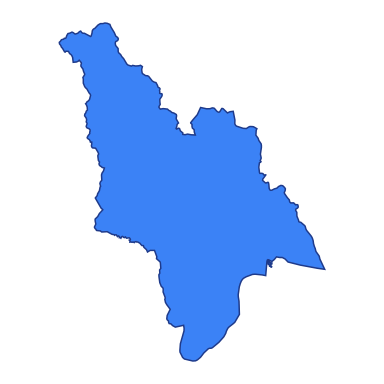 Tien Yen, Quảng Ninh, Vietnam
{"feature_id": "81297802B1435628045096", "entity_name": "Tien Yen", "entity_type": "district", "adm_level": 2, "iso_a3": "VNM", "parent_name": "Vietnam", "parent_adm1": "Quảng Ninh", "projection": "natural_earth1", "projection_center": [107.339, 21.373], "detail": "fine", "context": "isolated", "style": "filled", "palette": "blue", "viewbox_px": 384, "rotation_deg": 0, "n_neighbors": 0, "source": "geoboundaries", "source_scale": "gbopen_adm2", "svg_char_len": 5884}
<svg xmlns="http://www.w3.org/2000/svg" viewBox="0 0 384 384"><path d="M175.3,327.1L183.6,325.3L184.1,328.2L184.0,330.9L180.4,343.7L179.9,350.1L180.0,352.1L182.6,357.4L184.4,359.0L192.8,361.0L195.6,360.8L197.4,359.9L200.5,357.3L203.9,352.9L208.4,348.7L209.4,348.3L211.3,348.2L212.4,347.7L218.9,342.3L223.8,336.8L225.7,333.4L226.5,330.9L227.8,328.3L229.1,326.9L233.1,323.8L234.8,322.3L239.4,314.4L239.0,301.2L238.3,296.9L238.2,294.7L239.3,286.8L240.2,283.8L241.2,281.3L242.4,279.4L243.5,278.3L246.1,276.8L252.5,274.4L255.1,274.2L262.1,274.9L265.7,275.6L266.9,261.6L267.3,260.1L267.9,259.7L268.7,259.8L271.9,261.5L274.3,259.5L276.5,256.9L279.6,257.5L282.3,257.5L285.1,259.0L288.0,262.0L300.3,265.1L317.6,268.3L324.7,269.3L319.9,259.1L319.2,256.1L315.9,251.4L315.2,248.5L314.3,246.3L313.5,243.5L313.2,240.9L312.6,238.9L312.0,237.4L311.0,235.8L306.7,230.5L305.9,229.0L305.2,226.4L304.7,225.6L300.8,222.3L299.3,222.0L298.8,221.6L298.6,220.4L296.9,216.1L296.8,212.3L295.7,210.5L295.7,209.7L296.0,209.0L297.4,208.2L298.1,207.4L298.2,206.2L297.8,204.9L297.1,204.6L295.6,204.8L293.7,202.9L290.7,202.9L289.7,201.9L289.3,199.9L287.3,197.6L284.5,193.5L284.3,192.4L285.1,190.8L285.4,188.9L284.6,187.5L282.7,185.7L280.9,185.4L278.6,186.5L276.8,188.2L274.3,188.9L271.8,190.2L270.6,190.3L269.9,189.9L269.2,188.5L268.8,184.1L268.4,182.5L267.8,182.3L266.3,182.9L265.4,182.9L262.6,180.4L262.8,179.1L265.8,175.0L265.4,174.8L264.1,175.1L262.9,173.6L261.8,173.3L259.9,173.4L259.5,172.6L258.8,167.2L259.4,162.9L259.6,162.6L260.5,162.3L261.0,161.7L260.2,160.6L261.1,158.5L261.1,157.5L260.4,154.2L261.4,147.5L261.4,145.4L261.1,143.8L258.8,140.4L258.1,138.2L255.9,135.2L256.2,130.3L256.9,128.7L253.6,126.8L252.5,126.6L250.0,126.5L248.9,126.9L246.4,128.5L245.8,128.5L243.1,128.3L236.4,126.1L235.3,124.9L234.8,123.6L234.9,120.0L233.2,111.3L230.1,111.7L227.4,112.9L223.1,108.7L222.0,108.4L221.7,108.6L219.8,111.7L218.9,112.3L217.8,111.9L216.8,111.2L214.5,108.5L213.9,108.1L212.2,107.9L210.0,108.7L206.7,108.8L200.6,107.5L197.3,114.7L192.5,120.3L190.7,122.7L190.8,123.2L192.0,124.3L192.0,126.4L192.4,128.1L194.1,129.6L194.3,132.1L195.3,135.0L191.4,134.8L187.6,134.1L185.1,134.7L182.8,134.4L182.8,132.9L180.4,130.9L179.5,128.5L178.4,128.2L176.7,129.1L176.1,128.6L176.8,126.3L177.1,124.5L177.7,123.7L178.5,123.0L176.3,119.1L176.2,118.2L176.6,115.8L176.3,114.5L174.0,113.1L171.7,112.4L170.5,111.2L168.7,110.3L167.5,109.1L163.1,108.6L160.3,109.1L159.0,107.5L159.0,106.5L160.2,104.4L159.9,102.1L159.8,99.3L161.7,96.5L162.1,95.4L162.1,94.3L161.8,93.7L160.2,93.6L159.7,93.3L159.8,91.6L159.5,90.5L160.0,89.1L160.0,88.7L159.4,87.9L158.5,87.5L157.9,86.9L157.5,85.4L156.0,82.6L154.2,82.1L152.3,81.0L148.7,76.4L147.6,75.8L145.5,75.6L142.5,73.6L142.1,72.7L141.7,70.0L141.8,68.8L142.4,66.6L140.5,65.3L138.7,65.8L135.6,66.0L132.7,65.4L131.4,66.1L128.1,65.1L126.8,64.0L123.6,58.6L121.7,56.5L120.6,54.5L118.8,52.9L118.2,51.7L118.1,48.5L115.6,45.4L115.3,43.6L115.3,42.8L115.6,41.8L116.2,41.3L117.5,40.7L118.1,39.8L118.3,38.8L117.7,37.5L115.8,36.1L114.3,32.6L110.9,27.0L109.9,24.4L107.2,23.3L104.9,23.0L102.9,23.6L100.5,23.6L99.5,24.1L97.9,25.1L94.9,28.3L93.6,29.0L92.9,29.7L92.3,30.8L92.0,33.2L91.1,36.1L90.6,36.5L84.5,33.3L82.7,33.2L81.7,32.5L80.7,31.1L79.5,31.6L77.7,33.3L75.4,34.0L74.8,33.9L73.3,32.7L72.0,32.1L69.9,33.1L67.9,33.6L66.7,35.7L66.0,37.9L65.4,38.3L64.3,38.3L63.5,39.3L62.4,39.4L61.4,39.8L60.4,41.3L59.3,42.3L59.5,43.9L60.8,45.5L61.3,47.0L62.5,48.3L64.6,51.9L65.2,52.1L66.0,51.2L68.5,51.4L69.6,53.6L70.7,54.3L71.7,55.4L72.6,57.4L73.2,62.3L76.4,62.0L78.1,61.3L79.2,60.2L81.2,62.6L81.4,63.2L80.9,65.1L81.0,66.4L82.9,69.0L83.6,71.6L84.7,74.1L84.5,74.9L82.9,77.5L83.3,79.0L83.3,83.2L84.7,86.6L85.5,87.7L86.9,89.0L89.2,93.1L90.3,94.3L90.6,95.4L89.5,99.5L88.4,100.9L87.0,101.8L86.4,103.0L85.6,103.7L86.5,105.1L87.2,107.0L87.4,110.1L86.3,111.1L85.7,113.0L84.8,114.1L84.6,115.8L86.1,117.9L86.6,119.5L86.5,120.8L86.2,121.9L86.9,123.0L87.1,123.7L86.2,126.3L86.3,126.8L86.9,127.8L89.3,128.9L90.0,129.8L90.1,131.1L89.7,132.1L89.8,133.5L88.1,135.7L87.2,137.4L87.2,137.9L87.9,138.7L89.3,139.6L90.1,140.9L90.4,142.1L91.7,142.1L91.7,144.2L91.4,145.9L92.0,147.4L92.6,147.9L95.6,148.2L97.8,151.9L98.6,153.7L98.6,154.1L97.9,155.3L97.9,156.7L98.4,160.5L99.5,162.0L99.0,163.9L99.3,165.0L100.2,166.0L101.3,166.6L102.2,167.5L104.4,168.0L103.4,171.1L102.1,173.0L101.5,174.9L101.8,180.2L100.3,182.1L99.9,183.6L100.6,186.3L100.1,187.1L99.4,190.7L97.6,193.8L97.2,195.6L95.3,198.0L101.2,208.3L102.7,209.5L102.8,209.8L99.4,213.5L97.7,216.6L95.2,219.0L95.1,219.9L95.2,221.1L95.8,224.0L95.4,225.0L94.5,226.8L94.5,227.5L95.3,228.8L95.8,229.1L96.4,230.3L96.7,230.5L100.3,230.9L101.7,232.0L107.2,231.7L112.0,234.3L114.2,234.7L114.6,235.3L115.3,234.8L116.4,234.9L117.4,236.6L118.4,235.9L118.7,236.0L119.2,236.5L119.3,237.7L120.2,237.5L120.9,238.2L121.7,236.7L122.3,236.4L122.8,236.5L123.5,237.3L124.2,237.6L124.8,237.6L125.0,237.1L125.4,236.9L126.6,238.2L129.2,237.8L130.0,238.5L130.4,239.5L130.0,240.0L129.3,240.2L130.1,241.2L129.9,242.1L131.0,242.0L132.1,242.3L133.1,242.0L134.3,242.6L135.0,241.8L136.0,241.6L136.4,242.0L137.7,242.0L138.8,242.6L140.0,243.3L140.8,244.4L142.0,245.6L143.4,245.6L143.9,247.3L146.5,249.7L147.5,252.0L150.2,250.4L154.5,250.4L156.8,256.7L156.5,258.7L160.0,261.8L160.4,262.9L160.8,268.4L159.6,270.0L159.8,273.2L158.9,274.8L159.0,276.9L159.8,282.7L161.3,286.4L162.6,287.6L163.1,288.4L163.2,289.3L163.1,292.0L165.1,297.3L165.2,298.3L164.8,299.3L165.5,302.5L166.8,304.7L170.2,309.3L167.2,315.4L166.8,318.6L167.0,319.4L167.3,319.9L168.4,320.8L168.7,322.7L169.2,323.6L170.8,323.8L172.6,325.6L175.3,327.1ZM271.7,264.1L272.0,263.1L270.8,262.8L269.1,261.8L269.3,261.2L268.1,260.2L267.8,262.5L268.2,263.1L268.6,263.3L268.3,263.8L268.4,264.5L269.2,264.8L269.7,265.4L269.6,266.2L270.6,266.4L271.0,267.1L271.5,267.1L271.7,266.6L270.8,265.6L270.2,263.9L270.5,263.7L271.7,264.1Z" fill="#3b82f6" stroke="#1e3a8a" stroke-width="1.5"/></svg>